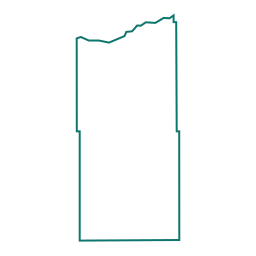 Rock, Nebraska, United States of America
{"feature_id": "52423323B87460612121029", "entity_name": "Rock", "entity_type": "district", "adm_level": 2, "iso_a3": "USA", "parent_name": "United States of America", "parent_adm1": "Nebraska", "projection": "albers", "projection_center": [-99.446, 42.445], "detail": "fine", "context": "isolated", "style": "outline", "palette": "teal", "viewbox_px": 256, "rotation_deg": 0, "n_neighbors": 0, "source": "geoboundaries", "source_scale": "gbopen_adm2", "svg_char_len": 390}
<svg xmlns="http://www.w3.org/2000/svg" viewBox="0 0 256 256"><path d="M79.7,240.6L179.3,240.0L179.2,131.3L176.7,131.3L176.2,22.2L173.6,22.1L173.6,15.4L169.5,18.3L163.7,17.9L155.3,22.9L145.8,22.3L140.8,25.7L137.2,25.5L132.1,31.3L126.3,31.9L124.5,36.1L109.0,42.6L98.8,40.5L88.8,40.5L80.8,37.0L76.7,38.4L76.8,131.3L79.7,131.3L79.7,240.6Z" fill="none" stroke="#0f766e" stroke-width="2"/></svg>